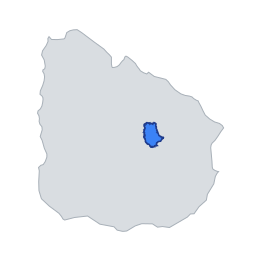 Arévalo, Cerro Largo, Uruguay (highlighted), rotated 354°
{"feature_id": "84410073B27325052760321", "entity_name": "Arévalo", "entity_type": "district", "adm_level": 2, "iso_a3": "URY", "parent_name": "Uruguay", "parent_adm1": "Cerro Largo", "projection": "albers", "projection_center": [-55.198, -32.737], "detail": "fine", "context": "in_parent", "style": "filled", "palette": "blue", "viewbox_px": 256, "rotation_deg": 354, "n_neighbors": 0, "source": "geoboundaries", "source_scale": "gbopen_adm2", "svg_char_len": 5867}
<svg xmlns="http://www.w3.org/2000/svg" viewBox="0 0 256 256"><g transform="rotate(354 128 128)"><path d="M213.5,180.8L211.8,182.4L209.8,185.3L207.5,192.5L200.0,202.3L198.4,207.9L190.4,213.7L184.7,220.2L181.1,220.0L177.7,222.8L158.8,231.3L152.0,229.6L147.0,229.7L142.3,225.9L131.7,224.6L125.0,226.1L116.0,230.3L113.3,230.3L111.4,230.1L106.5,228.4L103.8,224.8L90.0,220.7L78.6,211.3L65.5,211.4L55.4,212.9L53.8,211.7L52.7,209.2L50.5,205.7L41.6,197.5L34.5,189.3L32.9,181.0L33.6,172.0L35.3,161.3L34.9,157.9L37.4,156.0L39.9,155.5L42.2,152.7L44.3,148.4L44.6,145.3L42.7,139.5L41.3,131.3L39.8,127.3L42.5,120.8L42.5,117.7L40.8,115.0L40.3,112.2L40.9,109.3L40.7,106.5L39.6,103.9L40.3,101.6L42.9,99.8L44.7,97.1L45.9,93.4L46.5,90.6L46.5,88.7L45.7,87.0L44.0,85.3L44.7,81.9L47.6,76.8L49.5,72.3L50.4,68.4L50.2,65.3L49.1,62.9L49.5,61.3L51.4,60.4L52.2,57.8L51.8,51.6L49.7,46.4L51.1,42.3L55.3,37.4L57.5,33.6L57.7,30.6L59.0,28.9L61.2,32.0L67.4,32.7L73.7,32.7L74.7,31.9L77.1,26.7L80.3,25.2L83.8,24.7L87.7,24.9L91.9,28.3L103.7,39.3L112.3,47.0L114.9,50.6L117.2,53.3L118.9,55.8L118.2,62.5L118.4,65.4L118.8,66.2L120.7,66.3L123.6,65.8L126.0,64.3L127.9,62.2L129.7,60.5L131.2,59.5L131.7,58.1L132.6,56.7L133.5,56.3L135.2,57.4L139.1,61.2L142.2,64.7L143.0,66.7L144.2,68.8L145.4,70.6L146.3,72.4L149.3,74.7L152.3,76.2L154.3,74.7L159.5,79.5L170.7,83.6L172.8,86.0L174.7,89.5L178.6,94.8L184.0,99.5L188.3,101.6L192.5,102.7L194.9,103.8L196.4,105.6L199.0,107.6L200.6,108.4L201.1,110.1L202.7,113.9L204.4,118.8L206.2,123.3L210.2,127.6L214.7,131.0L219.4,133.0L222.0,135.4L223.1,137.9L219.9,141.4L216.3,145.9L213.2,149.4L210.0,151.9L208.9,153.6L208.2,156.2L208.0,170.3L207.7,175.6L207.9,177.0L208.3,177.9L210.2,179.4L212.6,180.6L213.5,180.8Z" fill="#d9dde1" stroke="#a8b0b8" stroke-width="1"/><path d="M154.8,125.6L154.7,125.6L154.8,125.5L154.7,125.4L154.4,125.3L154.3,125.5L154.2,125.6L153.9,126.2L153.6,126.4L153.4,126.4L153.0,126.3L153.0,126.2L152.9,126.2L152.8,126.4L152.7,126.4L152.7,126.5L152.4,126.2L152.2,126.1L152.4,125.9L152.2,125.9L152.1,126.0L151.8,126.0L151.7,126.1L151.4,126.2L151.1,125.9L151.0,126.0L150.8,126.1L150.7,126.0L150.7,125.9L150.6,126.0L150.4,125.9L150.3,126.0L150.2,126.1L150.2,125.8L150.1,125.7L149.9,125.6L149.9,125.4L149.8,125.1L149.7,125.1L149.4,125.2L149.3,125.5L149.0,125.6L148.9,125.5L148.9,125.4L148.8,125.2L148.7,125.0L148.1,125.0L147.9,125.0L147.7,124.9L147.6,124.7L147.3,124.7L147.1,124.6L146.7,124.8L146.7,125.0L146.8,125.0L147.0,125.0L146.9,125.2L146.9,125.4L146.6,125.6L146.4,125.9L146.1,125.5L145.8,125.5L145.6,125.9L145.4,125.9L145.0,125.7L144.9,125.7L144.8,125.8L144.9,126.0L144.7,126.2L144.7,126.3L144.4,126.3L144.4,126.5L144.5,126.6L144.4,126.9L144.4,127.0L144.2,127.3L144.3,127.4L144.4,127.5L144.7,127.6L144.4,127.8L144.5,127.9L144.5,128.1L144.4,128.3L144.5,128.4L144.5,128.6L144.6,129.0L144.7,129.3L144.8,129.3L145.0,129.5L145.0,129.8L144.9,129.8L144.8,130.0L144.7,130.1L144.6,130.4L144.6,130.6L144.4,130.6L144.2,130.8L144.3,130.9L144.2,131.0L144.2,131.3L144.2,131.5L143.9,131.6L144.0,131.7L144.0,131.8L143.9,131.8L143.8,132.1L143.8,132.3L143.7,132.3L143.6,132.5L143.6,132.8L143.6,133.0L143.5,133.3L143.5,133.5L143.4,133.6L143.5,133.6L143.4,133.6L143.4,133.8L143.5,134.0L143.5,133.9L143.6,134.0L143.8,134.3L143.7,134.3L143.6,134.5L143.6,134.8L143.5,135.0L143.4,135.2L143.5,135.4L143.4,135.7L143.5,135.7L143.5,135.8L143.9,136.2L144.0,136.4L144.1,136.6L144.0,136.8L143.9,136.9L144.0,137.0L143.9,137.2L144.0,137.4L144.1,137.5L144.0,137.8L143.9,137.9L143.6,137.9L143.2,137.7L142.9,137.7L142.9,138.1L142.8,138.3L143.0,138.7L142.9,138.9L142.8,139.1L142.8,139.3L143.1,139.5L143.3,139.7L143.5,139.6L143.9,140.1L143.8,140.6L143.6,140.8L143.7,141.0L144.0,141.2L144.0,141.3L144.0,141.5L144.1,142.1L144.0,142.3L144.0,142.8L143.9,143.0L144.0,143.2L143.9,143.2L143.9,143.3L144.0,143.4L144.0,143.6L144.1,143.9L144.3,144.3L144.6,144.3L144.8,144.6L145.0,144.7L145.0,144.8L144.9,145.0L145.1,145.4L145.3,145.5L145.5,145.5L145.6,146.0L145.8,146.1L146.0,145.9L146.3,146.0L146.4,146.3L146.5,146.3L146.7,146.2L146.9,146.3L147.2,146.4L147.6,147.1L147.8,147.3L147.9,147.6L147.8,148.1L148.1,148.2L148.3,148.3L148.6,148.6L148.5,148.8L148.5,149.0L148.8,149.2L148.8,149.3L148.8,149.5L149.2,149.6L149.5,149.5L149.8,149.6L149.8,149.4L149.8,149.2L149.7,149.2L149.5,148.9L149.8,148.8L149.9,149.1L150.0,149.1L150.3,149.1L150.5,149.2L150.9,149.5L151.0,149.6L151.5,149.5L151.7,149.4L151.8,149.4L151.9,149.1L152.1,149.0L152.1,148.9L152.4,148.8L152.5,148.9L152.5,148.7L152.7,148.4L152.8,148.4L153.3,148.6L153.5,148.7L153.9,148.6L154.1,148.7L154.3,148.7L154.6,148.7L154.9,148.5L155.3,148.5L155.1,148.2L154.8,148.1L154.7,147.9L154.6,147.7L154.4,147.4L154.4,147.1L154.6,146.9L154.8,146.3L155.0,146.2L155.1,145.9L155.3,145.8L155.2,145.6L155.6,145.5L156.1,145.2L156.4,145.0L156.4,144.8L156.9,144.6L159.0,144.6L159.1,144.4L159.3,144.3L159.4,144.0L159.8,143.6L160.0,143.3L160.2,143.2L160.5,142.8L160.7,142.7L160.6,142.3L160.6,142.2L160.9,142.0L161.3,142.0L161.7,142.0L162.0,142.0L162.1,141.6L162.2,141.4L162.3,141.2L162.2,141.0L162.0,140.8L161.7,140.7L160.9,140.9L160.7,140.9L160.5,140.5L159.9,139.9L159.6,139.9L159.5,140.0L159.3,140.1L159.2,140.0L159.2,139.7L158.9,139.3L158.9,139.2L158.7,139.1L157.9,138.7L157.9,138.3L157.8,137.8L157.7,137.6L157.7,137.4L157.5,136.7L157.4,136.6L157.4,136.1L157.2,135.9L156.8,135.8L156.6,135.7L157.0,135.5L157.1,135.4L157.2,135.2L157.0,134.8L156.8,134.7L156.6,134.5L156.6,134.2L156.8,133.9L156.7,133.7L156.4,133.5L156.3,133.4L156.4,133.2L156.5,133.1L156.6,132.8L156.3,132.0L156.0,131.4L155.9,131.2L156.0,130.8L156.0,130.6L156.3,130.3L156.3,130.2L156.1,130.0L156.0,129.8L156.3,129.7L156.2,129.3L156.0,129.2L155.9,129.0L155.9,128.7L155.8,128.3L155.8,128.1L156.0,127.9L156.0,127.7L155.9,127.4L156.0,126.8L156.3,126.8L156.3,126.7L156.1,126.5L155.9,126.4L155.6,126.2L155.5,125.9L155.2,125.8L155.0,125.7L154.8,125.6Z" fill="#3b82f6" stroke="#1e3a8a" stroke-width="1.5"/></g></svg>